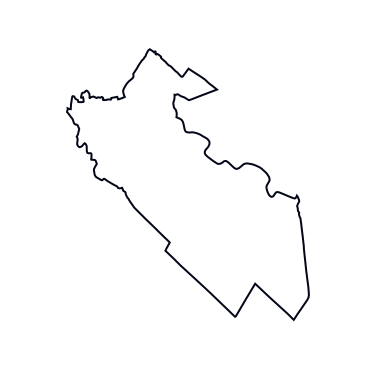 the district of Thu Thua, Long An, Vietnam, rotated 166°
{"feature_id": "81297802B60662496728573", "entity_name": "Thu Thua", "entity_type": "district", "adm_level": 2, "iso_a3": "VNM", "parent_name": "Vietnam", "parent_adm1": "Long An", "projection": "equal_earth", "projection_center": [106.358, 10.661], "detail": "fine", "context": "isolated", "style": "outline", "palette": "ink", "viewbox_px": 384, "rotation_deg": 166, "n_neighbors": 0, "source": "geoboundaries", "source_scale": "gbopen_adm2", "svg_char_len": 6098}
<svg xmlns="http://www.w3.org/2000/svg" viewBox="0 0 384 384"><g transform="rotate(166 192 192)"><path d="M180.4,60.5L179.3,61.0L166.3,74.3L152.9,87.7L142.3,71.2L128.4,50.3L124.2,43.3L118.8,48.3L106.2,59.4L104.5,61.4L103.5,63.7L102.9,66.9L102.1,71.8L100.2,88.1L97.1,110.3L96.7,111.9L95.2,123.1L94.6,128.2L93.5,136.7L93.3,139.1L93.1,139.9L93.1,140.3L93.5,141.7L93.6,142.5L93.6,143.5L93.6,144.3L93.1,145.8L93.0,146.2L93.1,146.5L93.6,147.4L93.7,147.9L93.7,148.6L93.4,150.2L93.3,151.1L93.3,151.4L93.4,152.2L93.4,152.9L93.2,153.3L92.3,154.5L91.6,155.4L90.6,156.4L90.2,157.2L90.1,157.9L90.2,159.0L90.4,160.6L90.6,162.0L91.1,163.1L91.9,162.0L92.8,161.2L93.1,161.0L93.3,160.9L94.0,160.9L95.4,161.7L97.6,163.2L107.0,170.2L108.3,171.0L108.8,171.2L109.7,171.3L110.0,171.3L110.8,171.2L111.7,170.4L112.9,169.3L113.9,168.4L114.7,168.1L115.6,168.0L116.1,168.1L116.7,168.6L117.4,169.3L117.9,170.4L118.5,172.7L118.8,175.0L118.8,177.8L118.6,178.7L118.4,179.2L118.1,179.9L117.4,180.7L115.5,182.7L114.3,183.9L113.8,185.0L113.6,185.8L113.6,187.2L113.7,188.2L114.3,189.9L114.9,191.7L116.0,193.6L118.9,197.9L120.3,199.5L122.6,201.4L124.6,202.9L125.9,203.8L127.9,204.8L130.5,206.0L132.5,206.6L134.7,206.6L135.5,206.3L140.4,203.9L141.9,203.6L143.0,203.6L143.3,203.7L144.3,204.2L145.3,205.3L146.2,206.6L149.5,211.8L150.9,213.4L151.6,213.9L152.4,214.1L153.3,214.1L154.2,213.8L155.2,213.2L156.2,212.9L157.6,212.6L158.5,212.7L159.3,212.8L160.1,213.1L160.6,213.4L164.2,217.3L167.8,221.8L168.5,222.7L169.5,224.3L170.0,225.4L170.2,226.4L170.1,227.2L169.9,227.7L169.5,228.5L168.9,229.3L167.6,230.3L166.9,230.7L165.1,232.1L163.7,233.9L163.2,235.1L163.0,236.1L163.0,236.8L163.6,238.6L164.3,239.8L165.2,240.9L167.4,242.9L170.6,246.1L171.7,246.9L173.0,247.8L174.6,248.7L176.5,249.6L178.1,250.0L180.0,250.3L181.3,250.7L182.7,251.5L183.4,252.0L183.7,252.8L183.9,253.6L184.0,255.0L183.8,259.1L183.8,260.5L183.9,262.3L184.3,263.7L184.7,264.6L185.9,265.9L189.0,268.3L188.4,269.9L188.0,271.1L187.8,272.3L187.7,273.0L187.8,274.9L187.9,275.7L188.2,276.3L188.8,277.6L189.0,278.1L189.0,279.1L188.9,280.8L188.6,282.8L188.4,283.4L188.2,283.8L187.6,284.6L187.0,285.6L186.6,286.6L185.9,288.5L185.4,290.6L184.6,290.2L184.0,290.2L183.1,290.3L182.3,290.3L181.9,290.0L181.0,289.2L180.2,288.3L179.4,287.6L178.5,286.9L177.2,286.1L176.3,285.4L174.6,283.6L173.3,282.3L172.5,281.8L171.0,281.9L159.2,283.4L148.3,284.7L145.9,285.0L143.0,285.3L144.7,287.6L147.0,290.6L148.4,292.2L150.5,295.2L151.7,297.2L152.3,298.1L156.0,302.3L161.7,308.3L165.5,312.5L170.9,308.0L172.8,306.4L173.5,306.2L173.9,306.3L174.5,306.5L175.6,308.3L177.2,311.3L177.6,312.0L178.6,313.0L180.3,315.8L181.9,318.6L182.3,319.1L183.6,320.3L184.1,320.8L185.5,323.1L185.9,324.2L188.4,327.7L189.6,329.7L189.3,330.8L191.0,333.1L192.0,334.2L192.3,334.3L192.7,334.3L193.1,334.1L193.5,334.1L193.7,334.3L193.9,334.5L193.9,334.8L193.9,335.2L193.4,336.2L193.4,336.5L193.4,336.9L193.5,337.2L193.8,337.3L194.1,336.6L194.4,336.4L194.6,336.4L194.8,336.5L195.2,336.9L195.9,338.0L197.2,339.4L198.4,340.7L199.7,340.2L200.4,339.7L201.1,339.0L201.6,338.5L203.0,336.8L203.7,335.8L204.3,334.9L205.6,334.1L206.1,333.6L206.6,333.0L207.2,332.6L208.0,332.2L208.9,331.6L212.7,328.3L215.6,325.2L220.4,320.8L220.6,319.4L220.7,318.8L221.1,317.7L221.8,317.0L222.8,316.4L226.8,314.5L227.9,313.7L229.3,312.7L230.8,311.3L233.1,308.8L233.9,307.7L234.4,306.7L234.6,305.1L234.6,303.7L234.6,302.5L234.2,300.5L237.2,300.0L240.5,299.7L241.3,299.8L241.5,302.4L246.4,302.7L247.6,302.7L247.9,301.9L248.1,301.6L248.4,301.3L248.8,301.4L250.5,302.0L251.6,302.2L253.5,302.1L254.9,302.4L255.5,302.6L255.9,302.8L256.1,303.0L256.0,303.5L255.4,304.5L255.5,304.8L255.9,305.4L256.3,305.9L256.7,306.0L257.0,306.1L257.9,305.6L258.5,305.7L258.8,305.9L259.6,306.4L260.4,306.6L260.8,306.6L261.4,306.3L261.9,306.3L262.4,306.7L263.5,307.7L264.4,308.4L265.3,308.5L266.3,308.5L267.3,308.4L267.9,307.9L268.4,307.8L268.6,308.1L268.6,308.6L268.3,309.1L268.1,310.2L267.9,311.5L267.9,312.4L268.3,313.7L268.9,315.0L269.6,315.8L270.1,315.9L270.7,315.7L271.7,315.0L272.1,314.8L272.9,314.6L274.0,314.7L274.6,314.6L275.1,314.1L276.6,311.2L276.8,310.4L276.4,310.2L274.8,310.2L274.8,308.9L275.2,306.1L275.4,305.8L275.8,305.7L276.4,305.7L277.8,306.0L279.6,306.5L280.5,306.8L280.5,307.3L280.5,308.7L280.6,308.9L281.9,310.0L282.4,310.5L282.7,311.0L282.9,312.0L283.1,312.8L283.4,313.3L284.1,313.7L284.7,313.8L285.0,313.5L285.4,312.9L286.1,311.3L287.4,308.1L288.3,306.1L288.8,304.2L289.4,302.6L289.6,301.7L290.5,302.0L291.3,302.4L292.4,303.3L292.5,302.3L293.5,300.8L293.9,299.9L292.2,296.3L291.6,294.6L290.4,292.1L290.1,290.9L289.9,287.5L289.7,287.1L289.5,286.6L289.1,286.0L288.2,285.4L287.5,285.2L287.1,284.8L286.9,284.5L286.7,284.1L286.4,281.6L286.3,281.3L286.2,280.6L286.2,280.3L287.2,278.5L288.5,275.9L289.6,274.4L290.5,273.5L290.1,271.5L290.3,270.4L291.4,267.7L291.7,266.6L291.9,266.0L291.8,265.2L291.5,264.3L290.9,263.2L290.6,262.9L290.1,262.7L289.1,262.7L287.6,263.1L286.1,264.2L284.7,265.2L284.5,265.3L284.0,264.9L283.7,264.6L283.3,263.5L283.2,262.9L283.1,261.8L283.8,258.9L284.1,257.4L284.2,256.7L284.1,255.5L283.9,255.2L283.5,254.9L282.6,254.5L281.1,254.2L280.7,254.0L280.5,253.6L280.4,253.3L280.4,252.7L281.1,250.3L281.3,249.4L281.8,248.6L281.9,248.1L281.9,247.8L281.6,247.6L278.8,246.7L278.5,246.5L278.2,246.2L278.0,245.9L277.9,245.5L277.7,243.8L277.6,242.6L277.6,242.2L279.8,240.1L280.6,239.1L281.7,237.8L281.9,237.0L282.2,233.1L282.2,231.8L282.0,231.1L281.4,229.7L279.9,228.2L276.9,225.3L276.2,225.2L275.5,225.5L274.6,226.1L274.3,226.1L273.7,225.9L271.3,223.0L266.0,217.8L264.1,216.2L263.2,215.3L262.8,213.9L262.0,213.3L261.2,213.0L260.2,212.9L259.3,213.0L258.8,213.0L258.6,212.1L258.4,209.8L258.1,209.3L257.5,209.0L256.9,208.3L256.7,207.9L256.6,207.4L256.7,206.7L256.8,206.4L256.7,205.2L256.4,203.6L256.2,202.8L255.9,201.8L255.3,201.0L255.0,199.5L254.0,196.6L252.7,193.3L251.9,191.0L248.1,184.6L246.1,181.4L244.2,178.1L238.1,168.4L235.0,163.4L234.1,161.8L230.7,156.3L229.2,153.9L227.3,150.9L225.8,148.4L230.5,143.3L232.0,141.4L226.7,133.1L223.8,128.3L220.8,123.3L206.9,102.3L198.4,89.2L180.4,60.5Z" fill="none" stroke="#020617" stroke-width="2"/></g></svg>